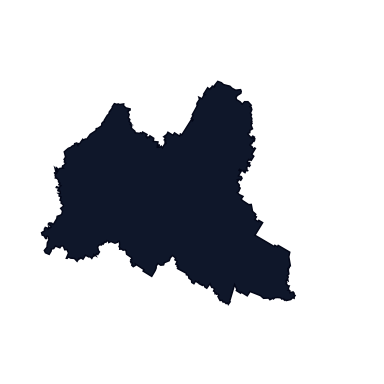 Hilltops, New South Wales, Australia, rotated 203°
{"feature_id": "25037944B92973083305975", "entity_name": "Hilltops", "entity_type": "district", "adm_level": 2, "iso_a3": "AUS", "parent_name": "Australia", "parent_adm1": "New South Wales", "projection": "albers", "projection_center": [148.539, -34.416], "detail": "fine", "context": "isolated", "style": "filled", "palette": "ink", "viewbox_px": 384, "rotation_deg": 203, "n_neighbors": 0, "source": "geoboundaries", "source_scale": "gbopen_adm2", "svg_char_len": 6067}
<svg xmlns="http://www.w3.org/2000/svg" viewBox="0 0 384 384"><g transform="rotate(203 192 192)"><path d="M58.0,134.1L56.5,134.1L57.0,135.5L56.6,137.0L58.1,137.5L58.4,138.6L58.8,138.3L59.9,139.5L62.5,137.6L63.3,139.3L65.0,139.2L64.6,139.7L65.7,141.0L65.8,143.5L66.7,143.1L69.6,144.3L69.3,145.4L70.8,146.9L70.5,148.0L68.9,147.8L70.2,149.5L70.2,151.4L71.6,152.1L70.8,154.4L72.5,157.1L73.1,156.8L73.6,158.4L73.0,158.4L73.6,159.8L72.9,160.3L73.3,161.6L72.6,162.4L77.6,170.2L78.5,174.8L91.8,176.5L92.1,174.9L94.9,175.3L95.0,173.9L117.2,176.8L115.0,191.4L119.4,192.0L119.6,190.6L123.4,191.2L123.0,194.3L124.9,194.6L124.6,196.4L128.7,197.8L132.6,203.7L134.8,202.5L141.9,203.8L144.0,204.6L143.3,207.9L147.7,208.1L150.2,209.2L149.3,210.6L149.2,214.4L150.9,215.2L151.1,216.9L154.3,218.6L153.9,221.1L154.7,221.2L153.6,222.1L151.7,221.8L151.3,224.2L152.7,225.4L155.6,225.0L154.9,229.9L157.3,230.3L157.1,231.5L152.7,231.1L152.5,232.1L151.7,232.0L151.9,230.7L150.8,230.5L150.7,233.0L149.1,233.3L149.0,234.2L149.3,233.4L150.1,233.5L150.8,235.4L152.0,235.6L151.4,235.7L151.0,238.1L149.2,237.9L148.9,239.4L150.5,239.7L150.2,241.4L151.0,241.5L152.1,240.0L152.9,241.4L152.5,244.1L151.0,243.9L150.9,245.0L149.8,244.5L149.1,249.1L151.7,250.0L150.7,256.9L151.5,257.0L151.6,256.0L154.1,256.0L154.0,256.9L157.1,257.9L156.9,259.7L156.0,259.6L155.6,262.9L154.8,262.8L154.6,263.7L155.1,265.8L156.3,265.9L156.1,266.9L157.9,267.2L158.2,266.5L156.4,266.2L156.6,265.2L158.4,265.5L158.5,264.9L163.2,267.1L163.3,268.1L162.0,269.2L162.8,271.4L161.0,273.8L163.5,276.3L164.0,277.7L163.5,278.4L164.6,279.1L164.2,280.0L165.2,281.2L165.6,283.0L167.4,284.6L167.4,286.4L169.1,287.5L169.1,291.2L170.7,293.2L172.1,293.2L171.4,295.0L175.8,297.0L178.9,295.7L180.1,292.4L182.9,293.8L187.0,294.4L188.4,295.9L188.1,298.4L185.6,302.0L186.0,303.9L187.3,305.2L191.6,302.8L195.5,303.1L198.5,304.2L204.9,303.2L207.7,304.1L211.5,303.9L213.0,298.4L212.3,298.3L212.5,297.1L214.7,297.4L215.0,294.7L215.6,294.8L215.8,293.3L218.3,294.1L219.5,286.8L218.3,286.6L218.9,286.2L219.2,281.7L222.7,281.9L221.3,280.2L222.1,275.6L221.4,275.5L221.6,274.2L220.8,274.1L221.9,263.2L220.8,262.9L221.3,259.3L219.2,259.0L219.4,257.6L220.9,257.9L223.7,240.6L226.1,241.0L224.9,240.6L225.3,238.6L231.2,239.6L231.7,236.8L237.5,237.6L237.7,235.1L239.6,231.8L237.5,231.5L237.9,229.1L236.4,228.9L236.5,227.8L235.6,227.6L236.0,226.5L235.1,226.4L236.0,224.4L236.4,221.0L238.2,222.2L238.7,220.8L241.5,219.5L241.9,221.0L240.2,221.8L240.6,222.5L242.1,221.7L242.9,224.8L247.4,223.4L248.2,226.5L252.7,227.3L252.7,225.4L254.1,225.6L254.3,224.3L256.2,225.4L255.9,227.4L260.9,227.9L261.0,226.2L262.4,226.5L263.4,225.4L267.4,224.3L268.3,225.6L273.2,227.2L273.0,228.4L274.4,229.6L273.8,230.1L275.1,230.1L274.9,231.4L277.5,232.5L277.6,234.5L279.7,235.3L280.1,238.8L282.5,240.5L281.9,241.3L282.4,242.2L281.0,243.2L281.4,244.3L285.8,243.6L288.7,244.7L289.3,246.4L292.6,244.3L294.5,244.2L294.7,243.4L298.0,243.0L298.7,239.2L298.2,238.2L299.4,233.4L299.0,231.4L299.9,229.5L300.8,223.5L300.1,222.4L301.1,221.9L301.8,220.0L301.0,217.7L303.5,213.9L304.9,212.9L304.4,211.0L308.2,205.3L309.5,199.5L310.7,199.2L312.4,197.4L313.2,197.8L314.3,192.5L315.4,192.2L315.3,190.5L317.2,192.1L318.9,190.7L318.7,188.6L320.1,187.7L321.0,185.7L322.9,183.9L325.3,179.1L322.0,174.8L322.5,172.0L321.1,171.0L321.3,169.8L319.5,169.3L320.5,166.1L321.3,165.5L321.0,164.2L319.8,163.6L322.9,162.1L323.5,160.6L326.1,161.3L325.2,159.5L327.5,160.5L325.2,157.5L323.7,158.4L324.0,156.0L326.5,156.1L324.8,155.1L324.3,153.5L323.2,152.5L323.3,151.6L321.5,151.8L319.6,150.9L318.8,149.2L317.1,148.6L317.4,146.7L315.1,146.6L316.2,144.2L318.7,143.9L318.7,143.1L315.6,143.5L315.4,142.6L316.3,141.3L315.6,140.7L313.6,141.1L312.7,139.3L314.4,138.5L313.0,138.1L312.8,136.4L310.6,136.3L310.3,132.9L308.2,132.3L308.2,130.7L305.6,130.0L304.8,128.6L306.5,125.6L303.8,124.1L303.2,120.8L303.9,119.3L306.6,116.9L306.0,114.6L306.9,108.4L307.4,107.8L308.9,108.5L311.0,107.9L311.8,107.0L311.4,105.6L309.3,106.0L308.0,104.8L308.6,103.7L310.2,103.8L309.5,102.3L310.0,101.5L311.0,102.3L313.2,102.1L313.4,100.2L312.5,98.6L314.6,95.8L313.1,93.8L311.2,94.0L308.6,92.0L307.6,92.4L308.5,93.9L308.2,94.7L307.1,94.8L306.0,93.7L305.0,92.1L305.3,88.8L303.9,84.5L305.1,80.5L303.2,78.8L299.1,78.8L298.6,82.6L299.2,84.5L297.2,85.9L296.6,88.9L291.8,89.0L291.4,91.1L290.0,91.9L289.0,91.7L286.6,89.1L284.6,90.2L281.8,87.5L281.8,81.9L281.0,82.1L280.4,83.9L277.9,83.7L274.3,84.9L270.7,83.3L270.1,86.6L269.3,86.5L268.7,88.0L266.1,87.6L265.3,92.2L261.7,91.9L260.3,92.6L258.3,91.7L258.0,94.1L257.2,94.7L257.9,96.0L255.5,95.7L256.0,96.1L255.7,98.0L254.3,97.7L253.8,100.7L255.3,101.5L257.5,104.7L256.7,107.2L254.6,107.9L254.5,109.5L253.4,109.3L252.9,112.0L251.6,112.1L251.3,114.0L249.5,114.0L248.9,113.0L247.2,114.8L242.9,114.8L240.8,116.8L241.0,117.6L239.7,118.3L237.9,115.1L237.8,113.2L236.7,112.7L236.2,111.1L234.6,112.0L232.7,111.5L231.0,112.6L229.9,112.3L227.9,109.2L222.1,108.0L221.2,106.6L221.9,105.8L221.0,104.7L221.5,104.2L220.4,103.0L219.2,103.4L218.9,101.1L216.9,100.3L215.2,102.6L215.9,103.6L205.8,101.8L206.1,100.1L196.1,98.6L195.2,105.4L195.3,108.1L196.0,109.7L195.5,112.9L192.2,112.4L189.7,113.8L189.9,116.1L186.2,119.8L186.3,123.0L185.1,126.0L181.2,124.8L181.2,122.9L178.5,122.5L178.7,119.2L176.3,118.8L176.5,117.5L175.2,117.3L175.4,115.9L165.6,115.0L164.8,113.6L163.2,113.9L162.2,113.1L161.1,111.4L158.2,110.9L156.9,108.7L154.4,108.3L153.9,111.4L151.0,110.9L150.8,112.1L149.6,110.4L146.0,110.1L145.9,110.6L147.2,110.8L144.2,110.8L143.1,109.6L140.8,109.2L139.6,114.6L136.5,111.9L135.4,112.3L133.4,111.7L133.5,109.3L132.1,109.1L131.0,107.4L130.0,108.3L129.5,107.5L128.4,108.2L127.0,107.7L127.3,106.0L123.8,103.1L122.0,104.0L120.3,102.8L119.7,103.7L117.0,102.6L115.8,103.7L114.7,102.7L114.0,105.8L114.6,105.9L116.6,123.4L112.8,120.1L112.7,118.6L107.7,117.9L107.6,119.1L100.6,118.0L99.7,123.1L88.4,123.4L84.6,122.1L80.1,124.3L78.2,123.3L76.2,125.7L75.2,125.4L74.5,127.0L72.3,128.2L69.1,129.3L67.5,128.5L66.4,129.5L64.7,128.6L64.5,129.3L62.9,128.9L59.1,131.6L58.0,134.1Z" fill="#0f172a" stroke="#020617" stroke-width="1.5"/></g></svg>